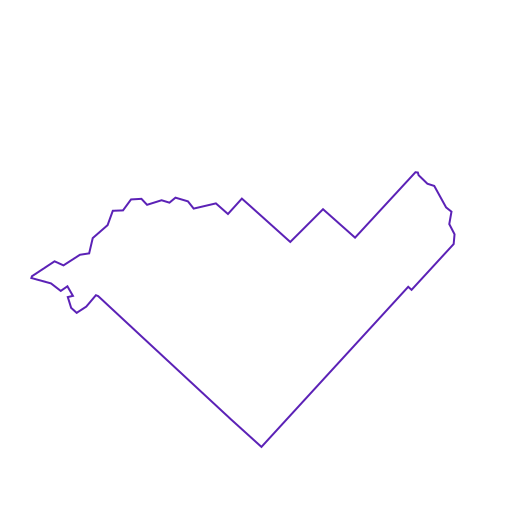 Madison, New York, United States of America (Equal Earth projection), rotated 316°
{"feature_id": "52423323B70020317049433", "entity_name": "Madison", "entity_type": "district", "adm_level": 2, "iso_a3": "USA", "parent_name": "United States of America", "parent_adm1": "New York", "projection": "equal_earth", "projection_center": [-75.672, 42.954], "detail": "fine", "context": "isolated", "style": "outline", "palette": "violet", "viewbox_px": 512, "rotation_deg": 316, "n_neighbors": 0, "source": "geoboundaries", "source_scale": "gbopen_adm2", "svg_char_len": 780}
<svg xmlns="http://www.w3.org/2000/svg" viewBox="0 0 512 512"><g transform="rotate(316 256 256)"><path d="M127.3,397.1L344.1,383.9L344.4,388.4L406.5,384.7L413.9,378.3L417.2,367.3L427.4,359.9L426.5,353.1L432.9,329.4L429.5,323.1L429.1,310.8L430.4,308.4L428.9,306.5L340.0,311.6L336.7,268.9L330.9,269.0L290.4,269.7L286.5,215.4L285.7,204.9L265.0,206.3L263.7,190.3L244.1,178.6L245.0,169.4L238.6,158.1L230.8,157.5L226.8,150.3L213.2,143.5L213.3,135.3L205.4,128.5L192.0,130.8L184.4,124.0L170.7,130.7L151.0,129.7L137.8,138.2L130.2,132.8L111.0,129.0L107.4,119.9L80.8,114.9L79.1,115.8L89.5,133.3L91.3,145.5L99.3,146.8L96.6,157.5L92.1,154.8L87.0,164.9L87.5,172.3L98.7,174.5L113.6,173.0L114.6,175.2L117.8,234.4L124.5,356.0L127.3,397.1Z" fill="none" stroke="#5b21b6" stroke-width="2"/></g></svg>